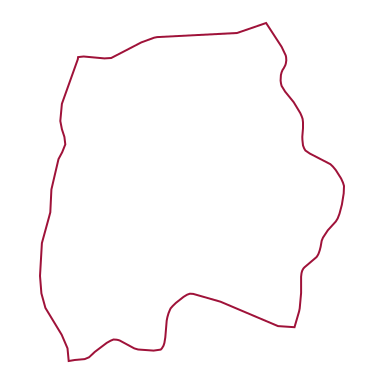 Le Kef, Mercator projection
{"feature_id": "TUN-109", "entity_name": "Le Kef", "entity_type": "Governorate", "adm_level": 1, "iso_a3": "TUN", "parent_name": "Tunisia", "parent_adm1": "", "projection": "mercator", "projection_center": [8.752, 36.03], "detail": "fine", "context": "isolated", "style": "outline", "palette": "rose", "viewbox_px": 384, "rotation_deg": 0, "n_neighbors": 0, "source": "natural_earth", "source_scale": "10m", "svg_char_len": 1446}
<svg xmlns="http://www.w3.org/2000/svg" viewBox="0 0 384 384"><path d="M68.7,361.0L67.5,348.3L61.7,334.8L45.4,307.9L41.4,293.4L40.0,275.9L41.9,243.1L49.0,217.2L50.3,212.3L51.4,189.5L58.5,159.1L62.2,152.2L65.3,144.4L64.4,136.9L61.9,129.2L60.3,121.0L61.9,103.8L77.8,59.3L78.1,57.1L83.6,56.5L104.4,58.4L111.2,58.0L141.3,42.4L154.1,37.7L157.1,37.1L237.0,33.0L266.1,23.0L281.6,46.8L285.7,55.4L286.1,57.2L286.3,60.4L285.8,63.6L285.3,65.2L283.7,68.3L282.6,69.9L281.6,72.3L280.9,75.1L280.6,80.6L281.0,83.5L281.6,85.9L285.1,91.6L293.7,102.2L300.3,113.1L301.7,116.3L302.6,118.9L303.0,122.3L303.0,128.2L302.3,136.8L302.4,139.8L303.0,145.4L304.1,148.3L305.4,150.5L309.9,153.6L330.4,164.2L332.9,166.6L335.8,170.1L341.1,178.5L343.0,182.7L344.0,186.0L343.7,193.4L341.9,204.6L339.5,213.7L337.7,218.4L335.8,221.5L327.8,230.3L323.0,237.6L321.7,240.7L320.6,246.9L319.7,250.4L318.5,253.8L317.6,255.5L316.5,257.1L304.6,267.2L303.4,268.5L302.3,270.5L301.9,271.7L301.5,273.3L301.1,276.7L301.1,293.0L299.7,308.4L299.1,311.4L294.5,327.2L278.0,326.1L220.5,301.7L193.2,293.9L189.9,293.7L187.1,294.7L183.5,296.9L175.9,302.9L172.7,306.0L170.6,308.4L169.9,309.9L168.5,313.3L167.4,317.1L166.7,320.6L165.3,337.4L164.4,342.9L163.5,345.7L161.8,348.5L160.7,349.6L153.6,350.6L138.1,349.5L134.3,348.4L119.7,340.5L118.1,340.0L116.5,339.7L113.5,339.5L110.6,340.7L106.7,342.9L94.8,351.9L89.0,357.3L84.7,359.1L74.7,360.0L68.7,361.0Z" fill="none" stroke="#9f1239" stroke-width="2"/></svg>